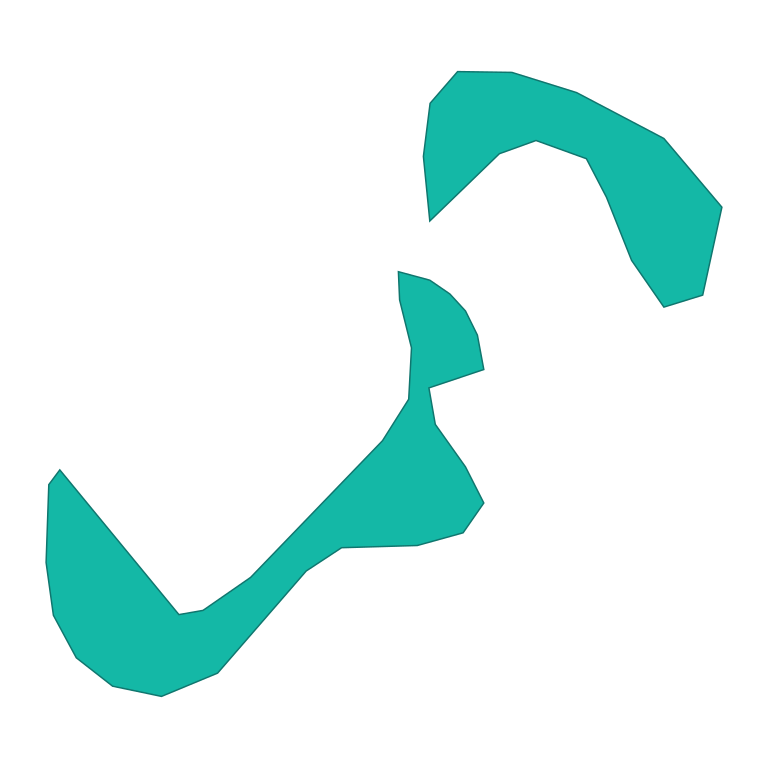 outline of Koror
{"feature_id": "PLW-5249", "entity_name": "Koror", "entity_type": "state/province", "adm_level": 1, "iso_a3": "PLW", "parent_name": "Palau", "parent_adm1": "", "projection": "natural_earth1", "projection_center": [134.442, 7.291], "detail": "fine", "context": "isolated", "style": "filled", "palette": "teal", "viewbox_px": 768, "rotation_deg": 0, "n_neighbors": 0, "source": "natural_earth", "source_scale": "10m", "svg_char_len": 676}
<svg xmlns="http://www.w3.org/2000/svg" viewBox="0 0 768 768"><path d="M483.8,369.5L428.9,387.9L435.3,424.4L465.5,466.9L483.8,503.0L463.1,532.8L417.3,545.5L341.6,547.7L306.2,571.0L217.6,673.1L161.5,696.4L112.6,686.2L76.3,657.8L53.4,615.3L46.1,562.5L48.8,484.6L59.8,469.9L178.9,614.6L203.0,610.4L250.6,577.4L382.5,440.7L408.7,399.2L411.5,347.9L399.6,299.9L398.4,271.7L429.8,280.2L449.9,294.0L465.5,311.0L477.4,335.1L483.8,369.5ZM511.9,72.4L576.6,92.6L663.9,138.5L721.9,207.2L702.7,295.1L663.9,307.1L631.6,260.4L606.5,197.3L586.4,158.7L536.0,140.5L499.4,153.7L429.8,221.0L423.4,156.4L430.1,103.3L457.6,71.6L511.9,72.4Z" fill="#14b8a6" stroke="#0f766e" stroke-width="1.5"/></svg>